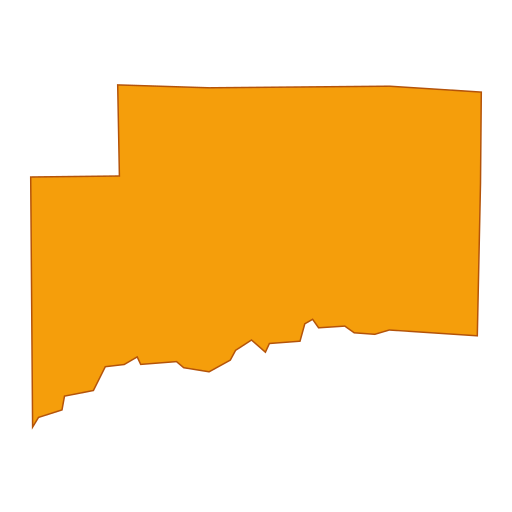 Clinton, Illinois, United States of America
{"feature_id": "52423323B49787414673276", "entity_name": "Clinton", "entity_type": "district", "adm_level": 2, "iso_a3": "USA", "parent_name": "United States of America", "parent_adm1": "Illinois", "projection": "equal_earth", "projection_center": [-89.453, 38.58], "detail": "fine", "context": "isolated", "style": "filled", "palette": "amber", "viewbox_px": 512, "rotation_deg": 0, "n_neighbors": 0, "source": "geoboundaries", "source_scale": "gbopen_adm2", "svg_char_len": 541}
<svg xmlns="http://www.w3.org/2000/svg" viewBox="0 0 512 512"><path d="M389.5,86.2L209.0,87.8L117.7,84.9L119.2,164.6L119.4,176.0L30.7,177.0L32.6,427.1L38.5,417.4L62.0,409.9L64.5,396.1L93.4,390.5L105.3,366.7L124.2,364.5L137.2,356.9L140.7,364.4L176.5,361.6L183.7,367.7L209.1,371.8L230.3,360.1L235.6,350.3L251.5,340.0L265.4,352.2L269.4,343.5L300.0,341.2L304.8,323.8L312.6,319.3L318.6,327.8L344.8,326.1L354.2,332.8L374.8,334.3L389.2,330.0L477.3,335.8L480.5,183.5L481.3,92.1L389.5,86.2Z" fill="#f59e0b" stroke="#b45309" stroke-width="1.5"/></svg>